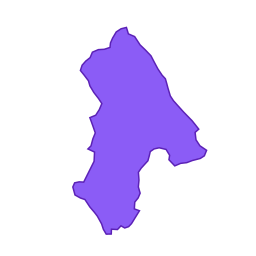 the district of Holambra, São Paulo, Brazil, rotated 344°
{"feature_id": "56859067B86866322913045", "entity_name": "Holambra", "entity_type": "district", "adm_level": 2, "iso_a3": "BRA", "parent_name": "Brazil", "parent_adm1": "São Paulo", "projection": "robinson", "projection_center": [-47.067, -22.63], "detail": "fine", "context": "isolated", "style": "filled", "palette": "violet", "viewbox_px": 256, "rotation_deg": 344, "n_neighbors": 0, "source": "geoboundaries", "source_scale": "gbopen_adm2", "svg_char_len": 1242}
<svg xmlns="http://www.w3.org/2000/svg" viewBox="0 0 256 256"><g transform="rotate(344 128 128)"><path d="M83.7,137.1L89.2,141.9L86.2,150.7L70.5,167.8L66.2,166.3L61.6,166.0L58.7,169.5L58.6,177.8L63.0,182.2L66.9,184.9L69.6,193.5L72.3,199.4L74.2,204.2L76.2,212.9L76.4,218.6L77.8,224.0L82.7,225.3L84.2,220.7L89.9,222.7L94.3,220.1L97.3,223.2L101.4,223.0L105.0,220.9L116.2,210.7L111.8,207.5L114.1,201.1L118.5,198.0L121.7,194.0L121.7,187.5L124.2,181.1L125.8,173.4L129.5,170.3L138.1,165.0L140.6,160.9L142.9,156.8L147.3,155.3L152.5,155.6L158.7,159.1L160.5,165.7L158.6,169.8L162.5,177.3L168.9,176.5L174.9,177.5L180.9,177.0L189.1,177.2L193.7,175.8L197.4,171.1L192.2,164.9L190.1,158.1L191.3,150.7L195.7,148.6L191.7,138.9L185.8,127.9L181.6,119.3L179.2,114.3L177.5,108.8L177.4,100.7L177.5,95.7L177.5,91.0L175.3,86.6L173.0,79.4L171.4,72.0L170.0,65.0L166.1,57.6L162.5,51.4L159.6,42.0L154.3,37.6L154.2,30.9L148.7,30.7L143.2,32.4L138.0,37.3L134.6,41.4L132.9,45.6L126.9,45.8L121.1,44.5L114.7,45.3L111.0,49.9L105.9,52.0L101.2,55.0L98.1,59.6L100.4,65.0L103.0,71.7L103.0,77.1L105.0,84.6L107.7,91.3L109.6,97.3L105.4,102.5L100.5,106.8L94.2,107.5L94.8,116.3L95.2,123.7L91.2,128.8L87.5,135.0L83.7,137.1Z" fill="#8b5cf6" stroke="#5b21b6" stroke-width="1.5"/></g></svg>